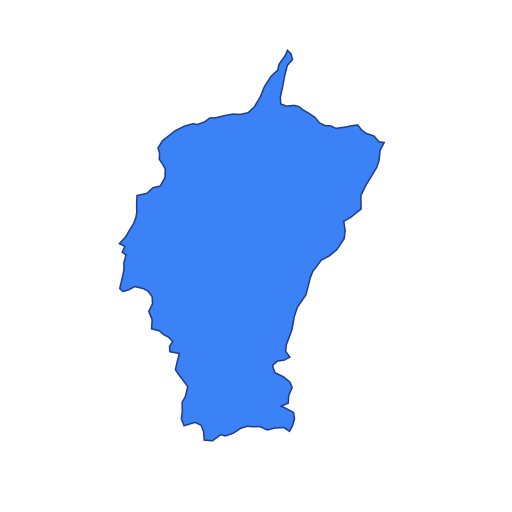 Timburi, São Paulo, Brazil (Equal Earth projection), rotated 225°
{"feature_id": "56859067B46714943844197", "entity_name": "Timburi", "entity_type": "district", "adm_level": 2, "iso_a3": "BRA", "parent_name": "Brazil", "parent_adm1": "São Paulo", "projection": "equal_earth", "projection_center": [-49.61, -23.198], "detail": "fine", "context": "isolated", "style": "filled", "palette": "blue", "viewbox_px": 512, "rotation_deg": 225, "n_neighbors": 0, "source": "geoboundaries", "source_scale": "gbopen_adm2", "svg_char_len": 1987}
<svg xmlns="http://www.w3.org/2000/svg" viewBox="0 0 512 512"><g transform="rotate(225 256 256)"><path d="M379.2,423.7L377.1,418.6L375.3,407.8L372.1,403.0L372.4,393.6L369.7,381.4L365.5,371.6L362.6,360.1L362.9,351.8L367.1,345.1L372.7,340.0L377.3,333.4L382.4,325.0L386.2,321.0L387.3,314.2L390.4,307.6L394.2,304.8L398.5,297.1L401.8,287.2L402.5,280.8L403.7,271.3L401.6,263.0L396.8,260.5L392.8,256.0L387.3,255.0L381.7,253.4L375.7,246.9L373.2,237.8L377.1,231.5L377.4,223.3L382.9,214.6L376.2,207.3L371.4,202.8L368.2,198.4L365.5,192.4L363.6,184.3L361.7,177.6L361.4,168.1L355.6,170.1L353.2,164.0L348.8,165.0L344.7,157.9L339.4,152.6L335.1,145.9L329.4,136.7L324.9,136.9L322.1,142.0L320.1,148.7L312.4,153.4L307.7,154.8L300.7,153.8L295.3,149.0L292.7,141.0L284.5,137.6L278.3,130.6L271.5,134.7L265.7,135.1L260.8,136.7L254.6,136.7L253.2,130.9L249.2,127.4L241.3,132.9L236.9,125.4L232.7,118.7L227.0,117.5L222.3,116.9L211.9,115.4L206.4,106.3L204.9,100.4L198.1,93.9L193.8,88.2L186.9,85.1L181.4,95.3L175.0,97.5L169.1,94.9L162.4,89.2L156.1,94.6L154.6,104.7L150.3,107.3L146.8,114.6L144.9,123.6L141.8,129.4L137.7,132.9L132.5,138.2L125.0,141.0L121.2,147.5L115.0,154.4L108.3,155.7L110.0,161.4L113.6,168.1L118.8,171.9L126.8,169.5L132.0,167.6L129.2,174.8L134.2,180.5L137.5,188.6L142.9,190.8L151.1,190.0L160.1,186.9L167.0,190.2L166.5,196.9L162.5,202.2L160.6,208.5L167.6,209.5L171.9,214.9L178.4,229.2L186.2,240.4L190.5,249.0L193.3,264.0L202.1,278.8L204.9,285.1L206.9,299.3L204.2,308.1L203.4,317.7L205.9,330.6L210.7,336.8L218.5,342.6L216.3,350.8L215.7,356.6L214.9,363.5L224.5,372.8L228.3,383.6L230.9,394.4L233.3,404.0L236.6,410.7L243.0,418.4L245.6,426.9L249.8,423.7L257.4,424.3L265.0,420.5L270.3,419.8L276.7,420.6L280.0,416.4L284.0,410.3L289.8,402.7L295.1,400.9L299.5,397.0L305.1,395.0L312.4,395.7L319.2,394.4L326.0,392.6L331.5,391.9L335.4,389.6L340.3,383.6L346.0,381.0L351.2,385.6L355.7,392.8L363.1,403.6L368.6,412.9L369.1,420.8L374.2,423.7L379.2,423.7Z" fill="#3b82f6" stroke="#1e3a8a" stroke-width="1.5"/></g></svg>